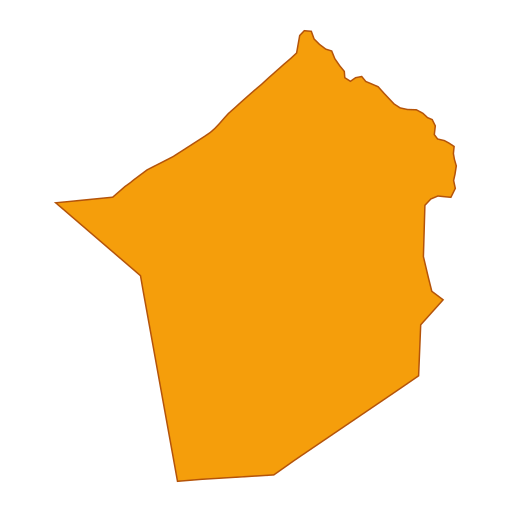 the district of Nova Fátima, Bahia, Brazil
{"feature_id": "56859067B84530933937954", "entity_name": "Nova Fátima", "entity_type": "district", "adm_level": 2, "iso_a3": "BRA", "parent_name": "Brazil", "parent_adm1": "Bahia", "projection": "natural_earth1", "projection_center": [-39.609, -11.617], "detail": "fine", "context": "isolated", "style": "filled", "palette": "amber", "viewbox_px": 512, "rotation_deg": 0, "n_neighbors": 0, "source": "geoboundaries", "source_scale": "gbopen_adm2", "svg_char_len": 1065}
<svg xmlns="http://www.w3.org/2000/svg" viewBox="0 0 512 512"><path d="M177.5,481.3L201.7,479.3L273.8,474.9L293.6,460.9L300.9,455.9L398.1,389.9L418.6,375.8L420.7,324.8L443.1,299.8L431.8,291.3L428.3,277.3L423.4,256.6L424.9,205.3L430.8,199.0L437.9,196.0L443.5,196.6L450.9,197.3L455.3,188.4L453.6,180.5L455.0,174.2L456.3,165.9L454.4,159.3L453.4,153.6L454.1,146.5L449.0,143.1L444.4,140.6L437.6,139.0L434.3,134.6L435.3,125.9L432.2,119.6L427.5,117.6L422.9,113.3L416.4,109.8L407.4,109.5L400.1,107.9L394.1,104.0L389.1,98.7L384.0,93.3L378.2,86.8L370.6,83.5L365.8,81.5L361.7,76.5L355.6,77.7L350.4,81.3L344.8,77.7L344.3,71.4L339.8,65.9L334.8,58.7L331.7,51.0L325.7,49.1L319.5,44.4L314.1,39.0L311.3,31.3L304.3,30.7L299.7,35.5L296.6,53.0L290.9,58.3L284.1,64.1L269.1,77.4L261.5,84.4L254.7,90.1L247.4,96.5L239.2,103.8L234.4,108.2L228.4,113.5L224.6,117.7L218.8,124.3L214.8,128.5L210.1,132.6L203.6,137.0L172.9,156.7L147.2,169.8L134.2,179.5L129.9,183.0L125.0,186.5L112.7,197.2L55.7,202.8L140.5,275.7L143.2,291.2L177.5,481.3Z" fill="#f59e0b" stroke="#b45309" stroke-width="1.5"/></svg>